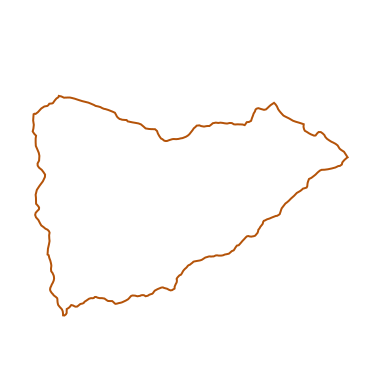 Patakla, Chirang, Bhutan, rotated 354°
{"feature_id": "84629894B80971974621988", "entity_name": "Patakla", "entity_type": "district", "adm_level": 2, "iso_a3": "BTN", "parent_name": "Bhutan", "parent_adm1": "Chirang", "projection": "albers", "projection_center": [90.14, 27.135], "detail": "fine", "context": "isolated", "style": "outline", "palette": "amber", "viewbox_px": 384, "rotation_deg": 354, "n_neighbors": 0, "source": "geoboundaries", "source_scale": "gbopen_adm2", "svg_char_len": 5562}
<svg xmlns="http://www.w3.org/2000/svg" viewBox="0 0 384 384"><g transform="rotate(354 192 192)"><path d="M43.5,97.7L42.6,98.1L42.1,100.8L41.5,104.3L41.7,108.7L40.9,112.3L39.9,115.1L41.1,117.5L42.8,119.7L42.1,122.5L41.7,126.2L41.5,129.9L42.5,133.0L43.7,137.0L44.0,140.1L43.2,144.8L41.4,147.5L41.3,148.9L41.3,149.7L42.4,151.8L44.9,154.3L46.4,156.8L47.7,159.3L47.3,161.7L44.8,165.8L41.1,169.8L37.9,173.7L36.2,178.4L36.2,181.5L35.7,187.4L36.6,188.6L37.9,190.5L38.3,191.8L37.9,193.3L36.4,194.5L34.4,196.3L33.6,198.4L34.2,200.9L36.3,203.8L37.6,207.2L38.6,209.5L40.8,211.5L42.4,213.2L44.4,214.4L45.7,216.1L46.1,217.6L45.4,220.0L45.2,223.3L45.2,225.9L44.3,229.0L42.8,233.4L41.8,239.1L42.8,239.8L43.0,241.1L43.1,242.0L43.2,242.7L43.6,244.3L43.9,245.4L44.2,247.5L44.3,248.3L44.4,249.7L44.4,250.7L44.2,251.6L43.8,253.3L43.7,254.2L43.7,255.0L43.7,256.1L44.3,257.2L44.8,257.9L45.2,259.2L45.6,260.3L45.8,261.3L45.8,262.4L45.8,263.6L45.2,265.7L44.8,266.3L44.2,267.5L43.5,268.5L42.9,269.3L41.9,271.2L41.2,272.2L40.7,273.8L40.7,274.9L41.0,275.9L41.7,277.3L42.5,278.5L43.2,279.3L43.5,280.1L44.7,281.3L45.6,282.1L46.8,283.5L46.9,284.4L46.9,285.1L46.8,286.2L46.8,288.1L47.0,289.8L47.2,290.5L48.0,291.8L48.4,292.4L49.1,293.4L49.6,294.0L50.0,294.6L50.4,295.2L50.9,296.9L51.0,297.7L51.0,298.7L51.0,299.8L50.9,301.2L52.2,301.5L53.8,300.5L54.7,299.2L54.9,297.2L55.2,295.3L56.8,294.6L58.1,293.8L59.5,292.4L60.1,291.8L61.8,292.4L63.4,293.5L64.3,293.9L65.9,293.9L66.8,293.3L67.9,292.6L69.3,291.7L71.3,291.5L72.6,291.1L73.7,289.9L75.3,289.1L76.8,288.3L78.4,287.4L80.5,287.0L82.2,287.3L83.3,287.1L84.3,286.3L85.5,286.3L87.0,287.2L89.0,287.9L91.6,288.2L93.8,288.8L96.0,290.8L97.1,291.6L99.1,291.9L101.2,292.1L102.1,293.0L103.5,294.7L104.1,295.2L105.5,295.2L107.8,294.8L109.3,294.7L110.9,294.4L114.7,293.1L117.2,292.0L118.4,291.0L119.9,289.6L120.6,289.0L122.0,288.7L124.5,289.1L126.8,290.0L129.7,289.8L130.6,289.4L132.5,289.4L133.7,289.8L134.9,290.8L136.1,290.7L137.3,290.5L138.8,289.7L140.5,289.3L141.7,289.1L142.5,288.6L143.8,287.1L144.7,286.2L147.6,285.0L151.3,283.9L152.5,283.8L153.2,283.9L154.2,284.5L155.5,285.0L157.3,285.7L158.6,286.7L160.4,287.6L162.0,287.5L163.1,286.9L164.5,286.3L164.7,285.6L164.8,284.4L165.4,283.3L165.9,282.4L166.5,281.4L167.2,280.5L167.6,279.2L167.8,277.8L167.6,276.9L168.4,275.7L169.5,274.7L170.9,273.5L172.2,273.2L172.8,272.6L173.8,271.3L174.7,269.9L175.7,268.8L177.1,267.6L178.3,266.8L179.2,266.0L180.1,265.0L181.1,264.4L182.3,264.1L183.8,263.1L185.0,262.4L186.1,261.5L187.1,261.3L189.7,261.1L191.3,261.0L192.7,260.9L193.7,260.7L194.6,260.5L196.2,259.7L198.1,258.7L198.7,258.5L200.0,258.3L201.0,258.1L202.0,257.9L203.2,257.9L204.0,258.2L205.4,258.2L206.9,258.3L208.9,257.6L210.3,257.6L212.1,258.1L213.4,258.2L214.7,258.3L216.2,258.2L218.2,257.6L219.6,257.5L222.2,257.2L224.1,255.9L225.3,255.0L227.3,254.4L227.9,253.8L229.4,251.8L231.0,250.0L232.9,249.8L234.7,248.2L237.1,245.9L238.9,244.4L240.9,242.6L242.1,241.8L243.5,241.7L244.6,242.2L246.3,242.6L247.3,242.5L248.9,242.4L250.3,242.0L252.9,239.5L253.5,238.3L254.1,236.4L255.2,235.4L256.3,233.8L257.1,233.0L258.3,231.8L259.0,231.0L259.7,229.1L260.4,228.2L261.6,227.9L263.8,227.0L266.3,226.5L268.8,225.7L272.8,224.6L274.1,224.6L275.9,223.8L276.9,223.2L278.2,220.4L278.6,219.4L279.5,217.6L281.5,215.5L283.7,213.2L285.1,212.4L287.3,210.9L288.5,209.9L289.7,208.9L293.2,206.4L296.1,203.9L298.4,202.9L300.1,202.1L301.6,201.1L302.8,200.2L303.8,200.1L306.4,199.6L306.9,198.9L307.3,198.1L307.6,196.4L308.0,194.9L308.6,193.5L309.7,191.3L312.2,190.4L315.0,188.7L316.7,187.6L317.9,186.6L319.3,185.5L321.4,184.1L323.2,183.5L326.2,183.7L329.6,183.6L333.4,183.2L337.2,182.6L340.2,181.5L341.8,181.5L343.9,180.3L344.6,178.3L345.9,177.0L346.9,176.1L348.0,175.3L348.9,174.7L349.5,174.2L350.4,173.8L347.4,167.9L344.8,165.8L343.3,164.3L341.7,160.9L339.8,159.1L337.6,157.6L335.9,156.6L334.0,155.1L331.8,153.2L330.3,151.1L329.6,149.2L328.1,147.4L326.4,145.9L324.2,145.6L322.7,146.7L320.8,148.7L319.3,148.7L316.3,147.1L314.4,145.8L312.7,144.4L310.6,142.9L310.0,141.2L309.7,138.9L310.2,136.3L308.3,135.4L305.8,134.3L302.4,132.9L299.9,131.7L296.4,129.1L292.3,126.5L290.9,125.5L288.9,122.8L287.6,120.9L286.4,118.8L285.4,115.7L284.2,113.5L282.9,111.9L279.3,113.8L277.5,115.1L275.6,116.6L274.2,117.6L272.2,117.8L269.1,116.6L266.9,115.6L265.6,115.7L264.7,116.0L263.8,116.7L263.0,118.5L261.5,120.4L260.7,122.2L259.3,124.9L258.2,127.4L256.0,128.3L253.7,128.3L252.5,129.8L251.4,131.0L249.2,130.1L246.1,129.7L244.1,129.4L242.5,129.4L240.8,129.1L238.8,127.6L236.6,127.3L234.1,127.6L232.1,127.2L229.3,126.4L227.4,126.0L225.4,126.1L222.9,125.5L219.8,125.8L218.5,126.8L216.2,128.2L214.8,128.0L213.1,128.0L210.8,128.2L208.0,127.4L206.3,126.5L203.6,126.5L202.2,127.7L200.4,128.9L199.1,130.5L195.4,134.3L193.7,135.5L191.8,136.4L188.2,137.4L186.3,137.5L184.2,137.8L181.9,137.8L179.4,137.4L177.9,137.4L174.9,138.0L172.7,138.6L171.4,138.6L169.8,138.1L168.0,136.3L166.8,135.6L165.4,133.1L164.2,130.3L163.6,127.7L161.8,125.7L158.0,125.2L155.7,124.8L152.5,123.9L150.9,122.1L148.3,119.4L145.9,118.2L143.2,117.4L140.0,116.5L137.8,115.8L135.4,115.0L134.5,113.6L132.5,113.3L130.0,112.8L128.8,112.2L127.6,111.8L125.8,110.0L125.1,108.8L124.5,107.2L123.6,105.1L121.4,103.8L117.4,101.7L114.6,100.5L113.2,100.1L111.5,99.2L109.8,98.0L107.6,97.1L105.1,96.3L103.6,95.2L100.9,93.7L98.3,92.3L92.5,90.2L89.2,88.8L85.0,86.9L82.6,86.0L80.5,85.3L77.4,85.0L74.5,84.8L72.0,83.3L69.6,82.5L69.0,83.8L67.0,84.8L65.1,86.6L63.0,89.0L62.1,89.3L59.3,89.3L58.1,90.7L57.0,91.3L54.1,91.5L50.8,93.2L47.1,96.5L44.6,98.0L43.5,97.7Z" fill="none" stroke="#b45309" stroke-width="2"/></g></svg>